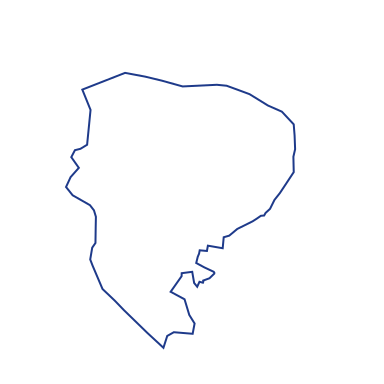 the district of Offa, Kwara, Nigeria, rotated 69°
{"feature_id": "59680162B40988548898234", "entity_name": "Offa", "entity_type": "district", "adm_level": 2, "iso_a3": "NGA", "parent_name": "Nigeria", "parent_adm1": "Kwara", "projection": "mercator", "projection_center": [4.712, 8.17], "detail": "fine", "context": "isolated", "style": "outline", "palette": "blue", "viewbox_px": 384, "rotation_deg": 69, "n_neighbors": 0, "source": "geoboundaries", "source_scale": "gbopen_adm2", "svg_char_len": 1110}
<svg xmlns="http://www.w3.org/2000/svg" viewBox="0 0 384 384"><g transform="rotate(69 192 192)"><path d="M56.8,211.8L57.1,257.7L79.0,257.3L110.3,273.0L111.7,280.7L111.0,286.3L116.2,292.2L128.9,289.0L134.6,300.0L142.2,307.8L152.3,304.6L167.7,292.0L174.0,290.1L180.7,290.6L189.8,294.3L205.0,300.4L208.2,305.1L218.5,311.2L225.0,311.2L250.5,310.3L265.6,303.1L277.9,297.9L307.3,284.3L327.2,274.5L317.5,266.7L316.4,259.2L324.6,242.2L315.7,236.7L305.8,238.6L289.5,237.4L277.5,247.7L266.9,231.9L264.1,230.7L266.6,220.4L277.7,222.6L282.3,221.1L278.5,217.2L280.6,214.3L279.8,213.6L278.7,213.3L278.8,206.6L276.2,200.5L275.6,200.1L274.3,200.3L266.8,207.5L259.8,213.5L254.6,209.9L252.1,207.5L249.2,205.7L252.4,199.2L247.8,196.4L255.5,183.5L245.6,178.6L246.1,172.9L242.7,162.9L241.1,145.9L240.1,141.1L238.9,136.2L239.8,133.1L237.9,130.8L235.7,125.2L228.9,117.8L224.6,110.5L219.7,103.6L209.9,89.9L195.4,84.7L189.0,80.4L176.1,76.0L165.3,72.8L149.2,79.3L138.5,90.1L121.3,103.2L116.1,109.1L105.2,121.6L100.8,130.4L99.1,135.6L90.1,162.9L77.2,180.3L67.5,194.4L56.8,211.8Z" fill="none" stroke="#1e3a8a" stroke-width="2"/></g></svg>